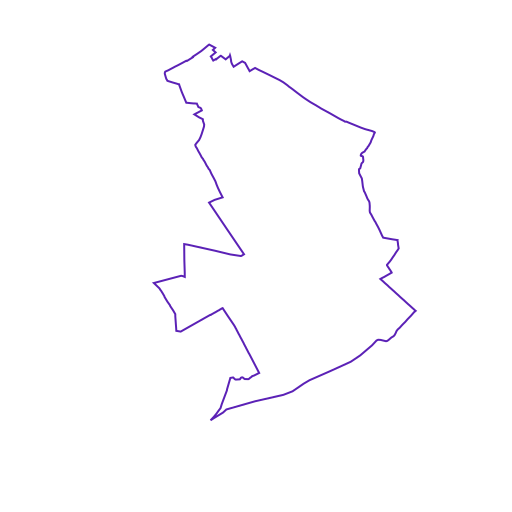 the district of Zacatelco, Tlaxcala, Mexico, rotated 298°
{"feature_id": "50627088B32824075530997", "entity_name": "Zacatelco", "entity_type": "district", "adm_level": 2, "iso_a3": "MEX", "parent_name": "Mexico", "parent_adm1": "Tlaxcala", "projection": "mercator", "projection_center": [-98.258, 19.197], "detail": "fine", "context": "isolated", "style": "outline", "palette": "violet", "viewbox_px": 512, "rotation_deg": 298, "n_neighbors": 0, "source": "geoboundaries", "source_scale": "gbopen_adm2", "svg_char_len": 6048}
<svg xmlns="http://www.w3.org/2000/svg" viewBox="0 0 512 512"><g transform="rotate(298 256 256)"><path d="M165.6,358.0L171.5,361.6L188.6,375.1L207.1,389.3L217.2,394.7L231.6,400.4L238.0,402.1L239.4,403.2L240.4,405.4L241.8,410.8L242.6,411.7L243.9,412.4L247.6,413.8L249.7,415.1L251.3,415.5L253.7,415.5L255.5,415.3L257.6,415.6L260.3,416.6L263.2,417.3L265.3,417.9L267.8,418.7L271.3,419.5L276.1,420.9L280.5,421.9L282.5,422.7L282.6,422.1L282.7,421.8L283.2,420.0L283.3,419.5L283.6,418.2L284.0,416.7L284.7,413.9L284.8,413.3L285.2,411.8L285.6,410.2L286.0,408.8L286.1,408.3L286.2,408.0L286.4,407.4L286.7,405.9L287.0,404.7L287.5,402.6L288.2,400.1L288.8,397.6L289.3,395.7L289.4,395.4L289.8,393.9L290.0,392.9L290.5,391.0L290.9,389.3L291.2,388.0L291.7,386.4L292.0,385.2L292.6,382.5L293.2,380.4L294.1,376.6L295.7,377.6L297.8,379.1L299.6,380.2L302.4,382.0L305.0,383.6L305.4,383.1L306.3,381.5L306.6,381.0L307.3,379.6L308.0,378.4L308.2,377.9L308.8,376.9L309.2,376.1L309.7,375.8L310.6,376.0L312.9,376.5L313.7,376.7L314.4,376.8L315.5,377.0L317.2,377.2L318.5,377.3L320.2,377.5L321.5,377.7L323.1,377.8L324.5,377.9L325.6,378.0L326.8,378.2L327.7,378.3L328.9,378.4L329.7,378.4L330.6,377.7L332.8,376.0L333.2,375.8L333.8,375.4L336.2,373.6L336.5,373.5L336.4,373.3L335.8,371.5L334.7,368.4L332.9,362.8L331.9,359.7L333.2,357.7L337.0,352.8L338.8,350.3L340.9,347.1L342.1,345.4L342.7,344.2L345.3,340.3L346.5,338.6L347.9,336.2L349.2,335.2L352.4,333.6L353.7,332.9L356.2,331.3L357.2,330.4L357.8,329.5L358.3,328.5L359.1,327.3L361.0,325.0L363.3,322.1L363.9,321.0L367.1,318.1L368.0,317.4L372.2,314.5L373.8,313.3L374.2,313.0L375.2,311.5L376.8,309.2L377.4,308.3L378.2,307.8L380.0,306.7L381.0,306.2L381.4,306.4L382.2,306.8L382.8,306.8L383.4,306.6L385.4,306.2L386.8,305.8L387.6,305.8L389.0,306.3L389.4,306.3L390.1,306.2L391.2,305.7L392.6,304.7L393.3,304.3L394.0,303.7L394.1,303.1L393.7,302.0L393.8,301.4L394.1,301.2L394.6,301.1L395.3,301.0L396.3,301.1L397.6,301.7L398.1,302.1L399.2,302.8L400.6,302.9L402.6,303.2L403.2,303.5L404.6,303.4L405.8,303.7L410.1,303.9L412.4,303.5L417.0,303.3L419.0,302.9L419.9,303.0L420.9,302.9L421.0,302.6L421.0,301.9L420.8,299.7L420.1,296.6L420.1,296.3L420.0,296.1L419.5,294.0L419.2,292.5L418.6,288.4L417.8,280.3L417.3,275.5L417.1,272.9L417.0,272.6L416.9,272.5L416.4,271.6L416.5,270.0L416.4,267.5L416.4,263.8L416.7,254.8L416.8,244.1L417.0,241.7L417.1,239.5L417.2,238.4L417.2,237.9L417.4,231.8L417.9,226.5L418.3,223.0L419.4,216.0L420.1,211.9L420.3,210.8L420.9,206.8L420.9,206.2L421.5,203.5L421.6,202.8L422.2,198.6L422.4,194.2L422.2,187.7L422.1,183.5L422.0,180.7L421.8,175.1L421.6,171.4L421.6,169.6L421.6,166.9L420.8,166.4L419.4,165.5L416.2,163.6L417.3,162.0L417.9,161.0L421.4,155.7L421.4,154.1L421.4,152.4L418.1,150.5L412.6,147.4L414.2,144.8L415.0,143.8L416.1,142.7L417.1,142.1L420.6,139.2L421.0,138.8L420.4,138.9L415.4,136.9L416.3,131.0L416.2,130.8L415.1,130.3L413.3,129.5L412.4,129.1L410.9,128.5L411.1,128.1L408.5,126.5L409.2,125.3L410.2,123.9L411.0,122.4L416.8,124.8L417.7,121.2L420.7,122.2L420.7,118.3L420.7,116.6L420.7,115.4L419.7,114.9L415.5,113.2L413.3,112.3L411.2,111.4L406.6,109.0L402.2,106.6L401.9,107.0L395.7,103.4L395.7,102.8L392.5,100.7L388.2,97.8L386.5,96.6L385.3,95.7L383.0,94.2L382.0,93.5L378.7,91.3L376.7,89.7L376.1,89.3L375.5,89.4L374.9,89.5L374.1,89.9L371.3,92.6L370.3,93.6L369.7,94.7L369.1,95.5L369.2,96.0L369.2,96.3L369.4,97.3L370.1,101.0L371.0,105.3L371.2,106.5L371.4,107.2L371.5,107.5L370.9,108.0L366.1,113.3L365.3,114.3L365.1,114.5L363.1,117.0L358.6,122.5L359.4,124.4L360.4,126.9L361.5,129.5L361.8,130.0L362.2,130.9L362.5,131.7L362.8,132.2L360.5,135.2L360.5,135.4L360.7,137.4L360.6,137.7L360.5,138.1L360.0,138.8L359.1,139.8L353.2,135.8L352.4,135.3L352.1,135.1L351.7,140.8L351.8,143.5L351.8,144.5L351.8,144.9L350.5,145.6L347.8,148.5L345.9,149.3L343.4,149.8L341.2,150.2L337.9,150.8L335.5,151.1L334.7,151.2L331.7,151.3L329.3,150.8L328.4,150.6L326.7,150.3L325.6,150.2L324.9,150.8L324.1,151.8L323.4,153.2L321.4,156.0L320.5,157.5L318.8,160.1L317.7,161.6L316.8,163.7L316.3,164.3L315.2,166.4L312.6,170.1L311.7,171.9L310.8,173.1L310.2,174.8L307.9,177.7L307.0,179.0L305.1,181.9L304.0,183.5L303.5,184.2L302.9,185.1L300.6,187.6L298.2,190.5L295.6,194.0L292.1,199.0L291.3,198.2L286.1,193.1L281.1,189.5L266.0,217.9L251.9,244.6L249.5,243.2L248.9,242.7L245.3,232.5L241.4,217.3L234.0,190.6L232.8,187.0L219.2,194.4L217.6,195.3L208.0,200.8L204.1,202.9L203.9,200.9L203.4,199.2L184.2,178.5L182.1,185.9L181.6,186.8L181.4,187.0L180.7,188.6L180.2,189.5L179.9,189.9L179.5,190.7L177.6,193.8L176.9,194.5L174.1,199.2L172.1,203.2L171.5,203.8L169.1,208.3L166.8,212.0L164.8,213.1L158.1,217.3L155.1,219.2L152.5,220.8L153.9,225.0L176.2,239.2L177.0,239.7L182.6,243.3L182.7,243.7L183.0,243.8L184.3,244.6L184.9,245.0L185.5,245.4L186.0,245.7L186.4,245.9L186.7,246.2L187.1,246.4L187.3,246.6L187.7,246.8L188.0,247.0L188.3,247.2L188.6,247.4L188.9,247.5L189.2,247.7L189.5,247.9L189.8,248.1L190.1,248.3L190.4,248.5L190.6,248.7L190.9,248.9L191.3,249.1L191.6,249.2L191.9,249.4L192.2,249.6L192.5,249.8L192.8,250.0L193.1,250.1L193.4,250.4L193.7,250.5L194.0,250.7L194.3,251.0L189.5,259.8L189.3,260.2L184.6,269.1L184.2,269.7L183.8,270.5L183.4,271.0L182.9,271.7L182.5,272.4L182.1,273.0L181.6,273.6L181.2,274.2L180.8,274.8L180.4,275.4L180.0,276.0L179.6,276.5L179.4,276.8L179.0,277.4L178.6,278.1L178.1,278.8L176.7,280.8L176.2,281.6L175.7,282.4L175.1,283.2L174.6,284.0L174.1,284.7L173.6,285.5L173.1,286.2L172.6,286.8L172.1,287.6L171.6,288.3L171.1,289.0L170.7,289.7L170.2,290.3L169.8,290.9L169.4,291.5L169.0,292.1L168.5,292.8L168.1,293.4L167.6,294.1L166.9,295.1L166.4,296.0L164.9,298.2L154.2,313.7L152.8,312.7L149.4,310.3L148.1,309.0L147.2,308.8L145.5,307.9L144.5,307.6L143.7,307.1L142.2,304.1L142.1,303.9L142.1,303.3L142.5,301.6L142.4,300.8L141.8,300.1L141.2,299.8L139.8,299.7L139.5,299.6L137.4,296.2L137.3,295.6L137.3,295.2L137.7,294.0L138.0,292.8L136.3,290.6L124.8,293.0L123.7,293.4L109.2,295.3L105.0,296.1L102.0,295.6L98.2,295.1L94.2,294.3L89.6,293.0L93.2,295.0L102.3,300.4L106.6,301.9L127.4,323.5L146.3,345.4L153.7,351.8L165.6,358.0Z" fill="none" stroke="#5b21b6" stroke-width="2"/></g></svg>